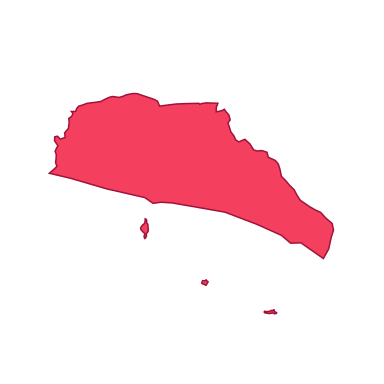 Yan, Kedah, Malaysia, rotated 288°
{"feature_id": "92858781B20286936830399", "entity_name": "Yan", "entity_type": "district", "adm_level": 2, "iso_a3": "MYS", "parent_name": "Malaysia", "parent_adm1": "Kedah", "projection": "robinson", "projection_center": [100.352, 5.848], "detail": "fine", "context": "isolated", "style": "filled", "palette": "rose", "viewbox_px": 384, "rotation_deg": 288, "n_neighbors": 0, "source": "geoboundaries", "source_scale": "gbopen_adm2", "svg_char_len": 2759}
<svg xmlns="http://www.w3.org/2000/svg" viewBox="0 0 384 384"><g transform="rotate(288 192 192)"><path d="M278.5,171.2L274.0,158.3L270.7,149.5L263.7,134.6L267.7,131.2L268.4,127.2L268.6,109.6L267.7,106.1L266.0,102.7L263.9,99.2L261.3,96.3L259.4,93.4L258.7,89.1L258.2,86.7L256.3,83.8L253.3,80.6L250.0,77.4L248.1,73.7L243.8,64.6L241.2,61.4L238.6,57.7L236.0,56.6L232.7,56.4L231.3,52.4L229.9,54.5L226.8,54.2L224.4,52.5L223.8,52.1L220.2,53.7L214.3,54.8L208.9,52.6L204.7,54.5L201.6,50.5L203.5,46.8L202.1,44.4L198.3,45.4L194.5,50.2L192.4,49.7L188.4,49.2L185.8,51.3L181.8,52.4L177.8,53.2L174.7,55.6L171.9,54.2L165.7,50.5L167.5,72.1L168.6,109.8L172.1,148.8L169.2,158.5L172.7,165.7L175.5,176.7L183.0,229.4L181.3,263.8L178.4,290.5L173.8,301.5L177.3,311.3L169.3,337.5L180.0,339.6L192.5,338.4L199.5,338.4L205.4,335.0L208.4,327.6L212.4,320.5L213.2,313.8L214.6,307.6L217.6,297.6L221.3,293.0L225.7,288.4L228.6,282.6L232.0,277.2L234.5,272.2L240.4,268.9L245.2,265.5L247.8,261.4L248.6,253.9L253.0,251.0L253.0,245.6L251.1,241.0L251.1,237.7L255.6,232.3L258.5,226.0L254.1,221.0L255.2,217.3L258.1,214.8L261.3,210.3L265.5,207.3L268.9,204.9L272.4,206.0L276.6,203.3L279.0,199.3L280.7,197.2L278.5,195.1L275.7,190.3L279.9,189.0L284.4,189.2L281.1,177.8L279.2,174.0L277.8,172.2L278.5,171.2ZM146.7,156.2L145.9,155.5L143.7,154.6L141.9,154.2L140.4,155.1L139.6,156.4L139.0,157.5L138.4,158.7L137.9,159.8L136.6,160.2L135.8,160.0L134.8,160.2L133.9,160.7L133.2,161.6L134.0,162.0L135.1,162.2L135.9,162.4L137.2,161.8L137.9,161.6L139.3,161.8L140.9,162.5L143.5,161.8L144.8,161.1L146.7,160.4L147.8,159.8L148.5,158.7L149.6,158.0L150.9,157.8L151.8,157.1L152.0,155.8L150.6,156.2L149.3,156.4L148.1,156.6L146.7,156.2ZM103.4,309.6L103.5,308.7L103.6,308.3L103.8,307.6L104.1,307.3L104.5,307.0L104.8,306.7L105.0,306.5L105.3,306.4L105.2,305.9L104.8,305.8L104.5,305.6L104.0,305.3L104.0,304.9L104.0,304.4L103.9,304.0L103.5,303.9L103.1,303.2L102.6,302.7L102.3,302.2L102.1,301.6L101.8,301.1L101.5,300.6L101.3,300.2L101.2,299.8L101.1,299.4L101.2,298.9L101.1,298.5L101.1,298.0L100.6,297.8L100.4,297.7L99.9,297.9L99.7,298.3L99.6,298.7L99.6,299.3L99.7,299.9L99.9,300.4L100.0,300.8L100.1,301.3L100.0,301.8L100.4,303.5L100.7,304.0L101.0,304.6L101.3,305.1L101.6,305.5L101.8,306.0L101.8,306.7L101.8,307.2L101.7,307.7L101.6,308.3L101.8,308.5L102.2,308.6L102.4,309.1L102.5,309.7L103.3,309.8L103.4,309.6ZM110.6,229.4L110.0,229.4L108.8,229.4L108.2,229.5L107.9,230.1L107.9,230.6L108.0,231.5L108.0,232.0L108.0,232.4L107.7,233.1L107.5,233.4L107.5,233.8L107.9,234.3L108.6,234.4L109.8,234.7L110.2,234.7L111.1,235.1L111.5,235.1L111.9,234.6L112.0,234.0L112.0,233.4L112.4,233.1L112.8,232.6L112.4,232.3L111.7,231.9L111.5,231.4L111.3,230.7L111.2,230.1L111.1,229.7L110.6,229.4Z" fill="#f43f5e" stroke="#9f1239" stroke-width="1.5"/></g></svg>